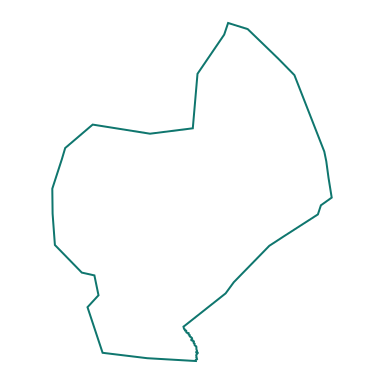 the district of Saixan-Ovoo, Dundgovi, Mongolia
{"feature_id": "93677404B35030866925592", "entity_name": "Saixan-Ovoo", "entity_type": "district", "adm_level": 2, "iso_a3": "MNG", "parent_name": "Mongolia", "parent_adm1": "Dundgovi", "projection": "albers", "projection_center": [104.099, 45.572], "detail": "fine", "context": "isolated", "style": "outline", "palette": "teal", "viewbox_px": 384, "rotation_deg": 0, "n_neighbors": 0, "source": "geoboundaries", "source_scale": "gbopen_adm2", "svg_char_len": 2219}
<svg xmlns="http://www.w3.org/2000/svg" viewBox="0 0 384 384"><path d="M81.8,272.6L94.4,275.4L98.5,295.3L96.9,297.0L87.5,307.2L102.6,352.8L147.2,358.2L190.2,360.7L195.8,361.0L195.7,360.6L195.7,360.3L195.7,360.0L195.9,359.8L196.1,359.7L196.5,359.6L196.8,359.4L197.0,359.2L196.9,359.0L196.9,358.8L196.8,358.6L196.8,358.4L196.7,358.2L196.8,358.0L196.7,357.8L196.5,357.7L196.4,357.6L196.3,357.4L196.3,357.2L196.4,356.8L196.4,356.6L196.5,356.3L196.5,356.1L196.4,355.9L196.3,355.7L196.2,355.3L196.3,355.1L196.4,354.8L196.5,354.5L196.7,354.2L196.9,354.1L197.1,353.8L197.3,353.6L197.5,353.4L197.8,353.0L197.8,352.8L197.7,352.6L197.3,352.5L196.9,352.5L196.5,352.5L196.3,352.5L196.2,352.4L196.2,352.1L196.4,351.7L196.7,351.5L196.8,351.4L197.0,351.2L197.0,350.8L196.9,350.5L196.8,350.2L196.6,349.8L196.5,349.5L196.4,349.2L196.4,348.7L196.4,348.1L196.4,347.4L196.3,346.8L196.3,346.5L196.2,346.3L195.9,346.2L195.7,346.2L195.4,345.9L195.2,345.7L194.9,345.3L194.7,345.1L194.5,344.9L194.5,344.7L194.5,344.3L194.5,344.0L194.6,343.7L194.3,343.4L194.1,343.2L193.7,343.0L193.6,342.7L193.7,342.2L193.8,341.9L193.9,341.6L193.9,341.4L193.7,341.2L193.2,341.1L192.9,341.0L192.8,340.8L192.8,340.5L192.7,340.3L192.6,340.2L192.4,340.1L191.9,340.4L191.6,340.4L191.4,340.3L191.3,340.1L191.3,339.9L191.3,339.6L191.4,339.4L191.6,339.1L191.9,338.8L192.1,338.4L192.0,338.1L191.4,337.5L191.0,337.1L190.3,336.8L189.7,336.3L189.6,336.0L189.7,335.7L189.8,335.4L189.8,335.2L189.6,335.1L189.4,335.0L189.2,335.0L189.0,334.8L188.7,334.6L188.6,334.2L188.7,333.6L188.7,333.2L188.3,333.0L188.0,333.1L187.7,333.1L187.4,332.9L187.1,332.8L186.8,332.7L186.4,332.4L186.3,332.1L186.3,331.7L186.3,331.2L186.2,330.7L185.9,330.5L185.7,330.6L185.4,330.6L185.2,330.6L185.1,330.4L184.9,330.2L184.9,329.8L184.8,329.4L184.5,329.3L184.3,329.1L184.1,328.9L183.9,328.4L183.7,327.6L183.6,327.0L183.5,326.6L184.5,325.9L225.6,293.4L233.8,282.2L269.3,245.8L283.4,236.6L317.9,214.4L320.9,205.3L331.7,197.6L328.5,177.7L326.3,161.4L324.3,151.6L294.4,75.1L278.5,58.9L247.7,29.1L228.1,23.0L224.2,34.6L197.5,73.8L192.8,128.3L150.0,133.7L92.7,124.6L89.6,127.2L73.8,140.7L65.2,148.0L61.9,159.1L52.3,188.7L52.6,213.7L54.9,245.0L81.8,272.6Z" fill="none" stroke="#0f766e" stroke-width="2"/></svg>